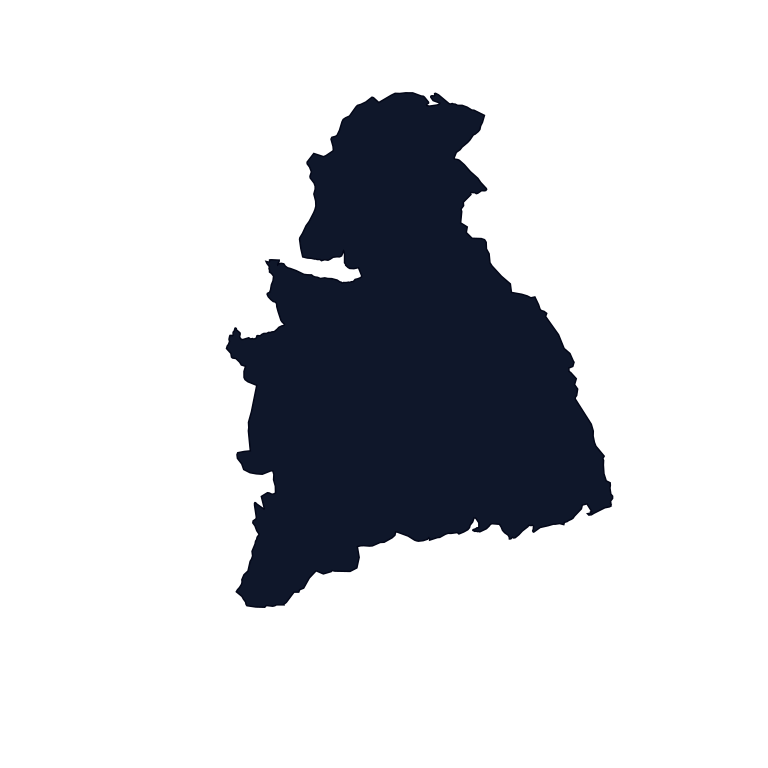 outline of Hartiesti, Arges, Romania, rotated 232°
{"feature_id": "2599482B18059402589847", "entity_name": "Hartiesti", "entity_type": "district", "adm_level": 2, "iso_a3": "ROU", "parent_name": "Romania", "parent_adm1": "Arges", "projection": "albers", "projection_center": [25.135, 45.121], "detail": "fine", "context": "isolated", "style": "filled", "palette": "ink", "viewbox_px": 768, "rotation_deg": 232, "n_neighbors": 0, "source": "geoboundaries", "source_scale": "gbopen_adm2", "svg_char_len": 6171}
<svg xmlns="http://www.w3.org/2000/svg" viewBox="0 0 768 768"><g transform="rotate(232 384 384)"><path d="M617.4,551.1L617.4,543.3L618.6,537.9L619.9,534.6L619.6,532.5L616.4,521.7L617.4,517.7L617.6,514.7L616.5,512.4L611.4,505.2L608.9,500.2L609.0,498.3L610.5,494.8L609.6,493.0L602.6,490.1L599.7,488.2L599.1,487.3L599.7,478.7L600.4,476.3L608.9,470.6L606.2,460.0L604.8,459.0L600.8,458.9L596.4,457.6L595.5,456.9L593.3,453.6L591.8,452.7L585.4,452.6L582.2,451.5L579.9,449.7L576.9,445.7L570.3,442.8L566.1,439.8L563.9,436.9L562.3,434.1L558.2,425.2L556.7,420.0L552.9,412.6L551.1,407.8L550.1,406.6L542.0,401.9L534.2,398.2L530.5,401.1L527.8,404.1L525.2,406.2L524.5,407.2L523.2,408.0L521.4,410.3L519.7,410.6L518.5,413.7L516.0,416.1L515.5,418.4L515.2,422.0L513.2,425.3L511.5,427.3L511.1,429.5L513.9,434.2L512.9,434.1L509.9,432.3L503.8,427.5L502.1,427.5L501.2,426.9L498.0,427.4L496.2,428.1L493.4,431.3L491.4,435.5L483.2,433.1L482.3,432.3L482.3,430.8L483.0,428.3L484.2,425.6L483.6,422.9L484.6,421.4L485.3,419.3L486.0,418.9L487.3,416.5L488.9,414.6L489.2,413.1L490.3,413.1L491.8,412.0L494.7,411.1L499.2,407.7L501.8,404.6L504.1,402.7L506.3,398.8L508.9,397.4L511.0,395.4L512.7,394.5L514.6,394.1L516.9,391.2L519.7,388.4L527.4,384.6L532.7,381.3L534.9,379.6L537.6,378.8L540.4,379.0L542.4,377.3L543.3,375.6L543.2,373.5L543.6,373.7L545.3,377.0L546.1,377.7L551.5,371.4L552.2,370.2L550.9,369.1L550.8,368.4L553.2,366.5L551.1,366.0L547.0,365.9L545.7,364.4L544.2,363.9L542.7,362.7L540.5,363.4L537.0,363.4L533.7,360.1L531.5,356.3L528.0,352.5L526.7,350.3L527.2,347.9L526.6,347.1L524.0,346.5L520.3,346.8L517.2,347.5L515.5,348.8L514.2,348.9L513.1,348.6L510.9,347.1L506.4,345.2L497.6,342.0L495.3,341.9L492.4,342.4L491.9,341.8L492.0,340.6L492.7,339.3L493.4,336.0L493.0,333.9L492.8,329.8L494.1,327.7L494.6,326.1L495.7,324.9L496.1,322.7L497.8,320.5L498.3,318.4L498.2,316.1L500.0,314.2L500.2,313.5L498.8,311.6L499.5,309.0L500.7,308.5L501.7,306.5L503.7,305.9L505.9,300.2L506.9,299.1L509.4,299.0L510.3,299.5L512.0,301.5L513.0,302.0L517.5,301.1L518.7,301.8L519.6,301.4L519.7,300.9L518.1,298.8L517.7,297.0L515.3,295.0L515.3,294.2L516.4,293.6L517.1,292.5L516.6,291.7L514.7,289.4L512.5,288.4L510.9,285.6L510.5,283.9L508.9,281.7L502.4,282.2L499.1,280.4L497.8,280.6L495.2,283.0L490.1,283.7L486.8,283.3L483.2,285.8L480.1,281.4L475.3,277.7L473.0,277.2L469.6,278.1L461.3,282.9L443.8,262.5L437.2,253.6L432.9,250.6L430.6,248.3L413.6,237.5L416.9,232.3L419.9,226.4L418.8,224.6L415.6,222.7L408.6,222.7L403.0,220.8L396.6,223.8L391.8,228.1L387.8,232.6L385.2,241.5L384.0,242.9L380.5,241.5L376.5,238.0L370.4,235.5L364.9,231.4L365.4,228.9L366.3,227.7L368.9,226.4L370.1,225.2L370.9,218.1L359.5,213.0L359.3,212.4L367.7,209.9L369.6,209.7L370.0,209.2L369.7,208.5L368.1,207.3L357.5,201.3L356.5,200.0L356.7,196.6L355.3,195.1L351.7,195.0L346.7,193.4L342.4,193.1L341.4,189.7L339.9,187.9L339.2,186.0L337.3,183.9L333.4,177.0L329.4,174.6L327.6,171.8L326.7,169.4L320.4,161.7L319.9,156.2L317.3,151.5L315.3,150.2L313.9,148.4L312.6,144.8L312.1,141.9L311.2,139.7L304.0,141.3L301.1,140.8L297.5,140.7L295.2,139.6L293.7,139.5L287.2,145.7L281.5,152.6L281.9,154.9L277.4,159.5L276.5,161.4L276.2,163.3L271.6,169.1L272.0,169.2L272.1,172.7L275.4,184.9L272.5,188.7L273.8,190.9L272.6,195.0L277.1,205.7L278.6,215.5L271.7,219.3L268.7,226.8L269.0,228.2L266.8,230.1L257.2,241.9L255.8,249.4L262.7,257.7L272.3,262.9L270.9,266.0L269.1,268.5L265.3,272.7L263.6,275.2L261.5,283.4L259.2,286.7L257.8,295.7L258.1,299.5L260.2,302.0L259.3,303.2L249.3,309.4L242.1,312.0L240.4,313.1L239.0,314.3L236.4,318.5L234.9,322.7L235.3,324.7L234.2,324.7L232.9,323.8L230.1,331.5L228.8,333.5L227.8,339.9L226.9,342.6L225.1,344.7L221.8,350.3L219.7,350.7L218.3,355.8L217.6,360.3L218.2,363.0L219.7,364.9L220.7,369.0L223.1,372.5L221.9,373.7L216.3,373.3L212.9,370.7L212.6,369.9L213.5,368.6L213.5,367.0L214.4,364.5L213.9,363.9L212.0,364.8L211.3,366.0L210.1,366.8L209.6,367.7L208.5,368.5L206.9,375.6L207.3,379.3L207.8,381.1L207.6,382.9L202.4,388.6L199.2,388.3L195.7,387.3L192.5,387.5L188.7,388.7L186.5,388.5L184.7,387.4L183.9,388.6L184.2,390.9L182.8,391.4L182.1,392.8L182.2,397.5L183.0,402.5L183.0,409.7L183.6,410.9L181.8,412.9L181.4,414.1L180.1,414.4L177.8,412.4L176.7,410.7L175.6,410.5L175.1,410.8L174.8,418.7L171.3,426.1L169.3,431.1L168.0,432.8L165.9,436.5L162.5,439.1L163.9,440.9L162.8,443.8L162.8,445.3L162.0,448.6L161.9,450.5L162.6,452.6L164.1,462.7L166.5,465.7L164.6,470.1L155.7,469.2L156.1,468.0L155.0,467.5L156.5,464.5L154.6,464.7L153.2,467.0L152.9,469.8L150.5,481.8L148.3,486.2L148.1,487.9L148.8,487.9L149.4,489.1L150.4,488.8L150.9,489.7L152.2,490.4L153.1,493.7L154.9,495.1L157.6,495.0L162.9,498.0L164.8,500.0L166.9,501.4L170.9,499.5L177.9,502.1L185.1,507.0L188.6,510.0L190.5,510.5L191.6,513.1L204.5,512.7L208.5,513.9L214.3,516.8L218.0,519.9L224.7,522.6L254.6,525.5L255.8,526.8L256.3,528.7L260.8,533.5L266.2,533.8L269.8,538.8L278.0,538.2L280.0,537.6L282.8,539.4L281.6,543.6L284.2,547.2L285.2,547.2L293.5,549.3L301.1,547.8L315.4,551.9L337.7,552.9L339.5,555.7L342.8,554.8L345.1,553.1L347.2,553.1L351.2,554.6L359.7,556.5L361.5,552.8L365.2,551.1L369.9,547.8L377.7,540.8L385.1,545.2L396.6,542.9L410.5,541.8L414.4,542.2L421.9,547.0L427.4,547.9L432.8,551.8L435.8,552.1L438.7,550.2L444.6,543.1L452.7,542.1L456.5,546.3L463.8,543.6L472.0,551.4L474.4,552.4L475.5,556.5L478.4,558.4L479.8,569.2L480.8,569.5L481.5,570.3L478.7,573.5L477.2,573.9L476.6,575.3L476.3,579.9L474.4,582.1L473.8,583.3L474.1,584.6L475.0,585.0L483.4,584.3L488.3,584.6L498.2,582.8L507.3,582.3L513.9,581.1L515.4,580.3L517.8,578.1L518.6,578.2L519.2,578.8L522.0,583.6L521.8,588.2L522.6,591.3L522.9,598.9L523.4,601.9L525.3,607.8L524.8,609.6L524.9,613.7L525.5,616.2L527.9,619.1L529.6,622.7L533.8,628.5L544.3,623.5L545.9,621.8L550.9,620.0L555.4,617.2L558.2,613.6L560.9,612.3L561.6,611.3L563.0,610.5L563.8,608.6L564.8,607.9L578.3,605.0L581.3,603.6L581.7,602.7L580.0,601.5L580.1,600.9L581.7,599.2L581.9,598.0L581.1,597.4L577.1,597.2L571.1,600.9L570.6,600.4L570.7,598.8L571.4,597.2L575.0,590.9L577.1,589.1L578.0,589.6L577.9,592.0L578.6,592.6L585.2,592.5L586.5,592.2L588.1,590.6L595.7,585.9L600.2,580.2L603.2,575.3L606.2,571.7L607.1,567.5L609.0,553.2L616.1,552.0L617.4,551.1Z" fill="#0f172a" stroke="#020617" stroke-width="1.5"/></g></svg>